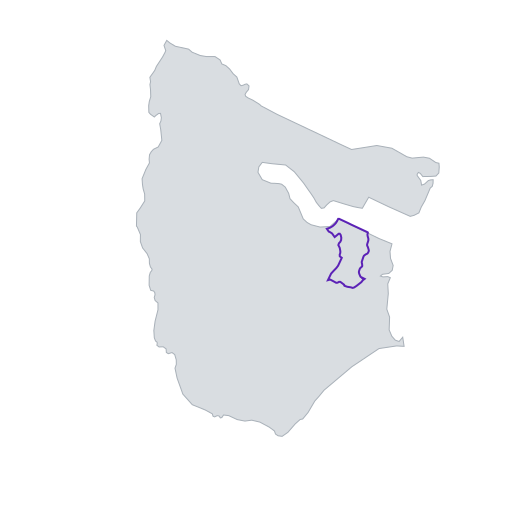 location of Kaolack within Senegal, rotated 205°
{"feature_id": "SEN-765", "entity_name": "Kaolack", "entity_type": "Region", "adm_level": 1, "iso_a3": "SEN", "parent_name": "Senegal", "parent_adm1": "", "projection": "equal_earth", "projection_center": [-15.993, 13.984], "detail": "fine", "context": "in_parent", "style": "outline", "palette": "violet", "viewbox_px": 512, "rotation_deg": 205, "n_neighbors": 0, "source": "natural_earth", "source_scale": "10m", "svg_char_len": 4457}
<svg xmlns="http://www.w3.org/2000/svg" viewBox="0 0 512 512"><g transform="rotate(205 256 256)"><path d="M377.0,232.6L382.3,244.7L381.2,250.5L380.1,258.9L383.1,265.1L386.6,269.1L389.1,272.8L391.9,277.9L392.4,288.0L391.9,295.3L393.8,298.6L395.3,302.8L395.0,306.3L394.0,309.4L390.7,313.5L390.2,321.0L395.7,330.2L399.2,335.2L399.2,338.1L400.2,341.3L402.8,344.9L404.4,344.1L406.1,341.1L406.9,339.0L411.6,339.9L413.8,340.9L416.8,346.9L418.0,350.9L418.7,355.9L421.9,362.2L424.6,366.6L425.2,369.4L427.7,373.1L426.2,381.4L426.4,385.7L424.8,396.8L424.5,402.1L424.6,404.0L428.4,408.0L428.0,413.7L424.2,412.7L417.7,412.0L404.5,415.0L400.0,413.7L391.4,414.1L385.2,415.8L377.4,419.4L371.4,418.5L368.1,415.6L363.8,415.8L358.9,414.3L353.7,411.5L349.0,410.1L343.9,404.9L341.5,404.0L339.8,405.4L338.4,407.1L337.0,408.1L334.2,407.2L333.1,403.7L334.0,400.3L334.2,397.8L332.9,396.4L329.8,395.9L324.8,395.9L316.7,394.9L314.8,394.2L296.7,393.3L277.9,393.2L261.9,393.1L241.8,393.0L227.7,392.9L214.4,392.9L204.3,399.7L193.2,407.2L178.4,411.1L161.3,409.7L155.8,410.7L150.2,414.0L146.0,416.4L140.1,417.9L132.5,416.7L129.4,417.4L127.5,414.0L125.4,408.5L126.7,404.5L131.4,401.9L138.4,398.5L142.0,400.3L144.1,400.4L144.5,398.2L143.9,397.0L138.6,394.1L135.9,390.2L133.6,392.5L131.7,397.2L130.0,398.7L127.7,400.0L126.3,396.8L125.7,393.6L126.8,391.2L126.3,377.5L126.9,370.3L126.6,363.9L129.9,359.7L133.0,357.1L145.2,356.9L156.6,356.7L167.5,356.8L178.7,356.9L179.8,344.2L183.3,343.2L188.6,341.9L198.4,340.4L209.3,338.9L211.7,336.4L213.5,332.2L214.6,328.4L216.9,326.8L220.0,328.1L224.0,330.1L228.1,333.1L232.9,336.0L236.1,337.8L243.7,342.2L256.8,348.5L267.6,351.0L280.5,346.4L289.9,343.5L291.1,338.0L289.6,332.7L282.6,327.8L273.1,328.3L270.2,329.6L265.8,331.3L263.1,331.9L258.6,330.8L252.9,326.6L249.4,322.3L244.4,320.3L238.4,318.3L228.9,309.6L224.0,308.0L219.3,307.6L210.2,309.3L201.4,314.0L196.8,324.6L188.0,324.4L169.3,324.1L152.1,323.8L137.9,324.5L136.5,316.8L133.1,310.7L127.7,305.4L126.5,300.6L128.3,296.3L133.6,292.9L134.8,290.4L132.1,290.7L127.9,293.0L125.1,293.1L124.8,286.4L120.2,277.8L115.0,263.1L109.1,257.1L104.1,245.3L99.0,240.7L94.2,238.6L90.2,239.0L88.7,244.4L83.6,236.7L90.6,233.9L105.4,224.1L122.3,196.2L137.6,163.2L139.6,155.4L141.4,149.5L142.7,136.1L144.8,128.0L146.9,126.5L149.5,120.4L152.6,109.6L156.1,103.6L160.0,102.4L163.1,102.9L165.3,105.2L171.7,106.5L182.3,107.1L190.5,105.4L196.3,101.7L203.9,99.8L213.3,99.8L218.2,98.2L218.7,95.1L219.9,94.2L221.9,95.4L223.7,94.9L225.5,92.7L227.2,92.6L228.9,94.5L236.8,95.0L250.9,94.3L263.9,99.9L275.9,112.0L282.0,120.1L282.4,124.1L284.4,128.2L288.0,132.3L291.3,133.0L294.2,130.4L296.5,130.7L298.2,133.8L301.7,134.5L305.4,132.6L308.1,133.2L308.6,135.1L309.3,136.1L311.1,136.5L313.6,138.9L317.1,145.3L319.9,154.3L322.1,165.8L325.0,172.0L328.6,173.0L330.7,175.4L331.1,178.1L332.2,180.0L333.9,181.0L336.9,180.4L340.5,184.3L344.3,192.8L344.9,196.6L344.3,198.6L344.6,200.1L347.1,201.5L349.5,204.3L351.5,208.4L355.7,212.1L362.2,215.4L366.9,220.2L369.8,226.6L375.8,232.0L377.0,232.6Z" fill="#d9dde1" stroke="#a8b0b8" stroke-width="1"/><path d="M197.5,320.4L197.3,321.4L197.2,324.4L196.3,324.8L193.6,324.8L190.1,324.8L186.7,324.8L183.2,324.7L179.7,324.7L176.2,324.7L172.7,324.7L169.3,324.7L165.8,324.7L164.6,324.6L164.4,324.1L164.1,322.6L163.3,321.3L161.5,319.2L161.1,318.4L160.8,317.7L160.6,316.6L160.3,314.1L160.1,313.2L159.7,312.5L159.3,312.1L158.4,311.4L156.7,309.5L156.1,308.7L155.9,308.1L155.8,307.5L155.9,306.4L155.9,305.8L156.1,305.3L156.4,304.8L157.2,303.9L157.8,302.8L158.1,302.3L158.3,301.7L158.3,301.1L158.3,300.5L157.7,295.4L157.3,294.6L156.6,293.8L155.5,291.9L155.5,291.3L155.7,290.7L156.2,289.6L156.4,289.0L156.5,288.2L156.4,287.2L156.2,285.6L155.9,284.8L155.5,284.2L154.7,283.3L153.1,281.9L152.8,281.6L152.5,281.4L152.2,281.3L148.6,281.2L149.0,280.8L148.1,280.8L148.9,279.3L149.5,276.8L152.3,271.3L153.8,268.9L154.5,268.3L155.0,267.9L156.8,267.7L160.2,266.7L163.1,266.4L163.5,266.5L163.6,266.8L163.9,267.2L168.6,268.2L169.8,267.7L170.8,266.3L172.0,265.6L174.7,265.8L178.8,266.0L180.6,264.5L180.5,271.8L179.5,275.0L178.1,279.1L177.5,281.9L177.5,286.8L177.5,290.6L179.9,291.1L180.7,292.5L180.9,294.4L181.6,296.0L183.6,298.8L186.0,300.7L186.2,302.6L185.6,304.5L185.6,306.4L186.4,308.6L188.1,310.8L189.5,311.6L190.5,311.1L191.5,308.9L192.7,306.4L196.6,308.6L198.8,308.9L200.4,308.9L203.3,310.6L200.9,312.9L199.2,315.4L198.6,316.7L198.0,318.2L197.5,319.9L197.5,320.4Z" fill="none" stroke="#5b21b6" stroke-width="2"/></g></svg>